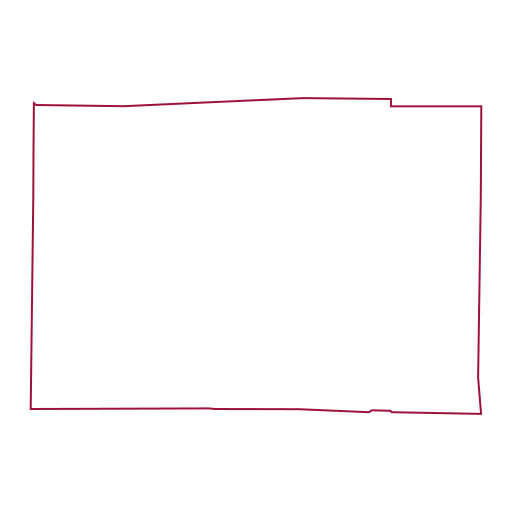 outline of Cross, Arkansas, United States of America
{"feature_id": "52423323B80774695679496", "entity_name": "Cross", "entity_type": "district", "adm_level": 2, "iso_a3": "USA", "parent_name": "United States of America", "parent_adm1": "Arkansas", "projection": "natural_earth1", "projection_center": [-90.753, 35.297], "detail": "fine", "context": "isolated", "style": "outline", "palette": "rose", "viewbox_px": 512, "rotation_deg": 0, "n_neighbors": 0, "source": "geoboundaries", "source_scale": "gbopen_adm2", "svg_char_len": 395}
<svg xmlns="http://www.w3.org/2000/svg" viewBox="0 0 512 512"><path d="M33.3,196.5L30.7,409.0L208.9,408.4L214.7,409.0L298.7,409.2L368.9,412.2L372.0,410.3L390.5,410.8L391.8,412.2L481.0,413.9L481.0,413.1L478.1,377.5L480.8,196.8L481.3,106.3L390.9,106.3L391.0,99.0L303.2,98.1L213.4,102.1L123.9,106.2L36.2,105.0L33.9,103.2L33.5,151.0L33.3,196.5Z" fill="none" stroke="#9f1239" stroke-width="2"/></svg>